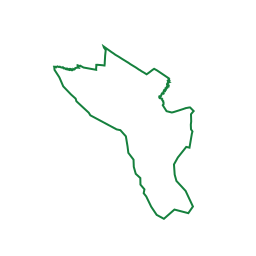 Lodes pag., Rujienas, Latvia (Equal Earth projection), rotated 207°
{"feature_id": "27541924B78787433075156", "entity_name": "Lodes pag.", "entity_type": "district", "adm_level": 2, "iso_a3": "LVA", "parent_name": "Latvia", "parent_adm1": "Rujienas", "projection": "equal_earth", "projection_center": [25.378, 58.024], "detail": "fine", "context": "isolated", "style": "outline", "palette": "green", "viewbox_px": 256, "rotation_deg": 207, "n_neighbors": 0, "source": "geoboundaries", "source_scale": "gbopen_adm2", "svg_char_len": 4655}
<svg xmlns="http://www.w3.org/2000/svg" viewBox="0 0 256 256"><g transform="rotate(207 128 128)"><path d="M82.0,174.5L82.9,174.0L83.0,173.9L85.6,171.9L85.9,171.5L86.0,171.5L87.0,170.4L90.8,166.6L94.8,162.7L96.0,161.7L99.9,160.8L101.3,160.5L105.2,162.8L107.4,164.1L107.4,164.6L107.1,165.1L107.1,165.3L107.5,166.0L107.8,166.4L107.9,166.5L108.0,166.7L107.9,166.8L108.1,167.1L108.3,167.3L108.7,167.4L108.8,167.5L109.0,167.9L109.0,168.0L109.3,168.1L109.7,168.1L110.0,168.3L110.3,168.5L110.6,169.3L110.9,169.4L111.1,169.5L111.3,169.6L111.6,169.5L112.1,169.3L112.6,169.1L113.1,169.0L113.3,169.0L113.9,169.3L114.0,169.4L114.0,169.5L114.1,169.8L114.0,170.0L114.4,170.3L114.5,170.4L114.4,170.6L114.2,170.7L113.4,170.9L113.3,171.1L113.2,171.3L113.1,171.5L113.1,171.9L113.2,172.1L113.3,172.7L113.5,173.1L113.4,173.4L113.3,173.5L113.2,173.7L113.2,173.8L113.4,174.1L113.4,174.3L112.8,174.5L112.1,174.5L111.9,174.7L111.9,175.0L112.1,175.1L112.4,175.3L112.7,175.6L112.8,175.8L112.9,176.0L112.8,176.4L112.6,176.7L112.5,176.8L112.2,177.1L111.8,177.3L111.7,177.4L111.7,177.5L111.8,177.6L112.0,177.6L112.5,177.5L112.7,177.4L112.8,177.4L112.9,177.5L113.0,177.6L112.9,178.1L113.0,178.3L112.9,178.7L112.8,178.8L112.6,178.9L112.4,178.9L112.2,179.0L111.9,179.0L111.7,179.2L111.6,179.3L111.9,179.7L111.9,180.0L112.0,180.3L112.4,180.4L112.5,180.5L112.4,180.6L112.1,180.7L111.8,180.8L111.6,180.9L111.6,181.0L111.9,181.3L112.0,181.4L111.9,181.5L111.6,181.5L111.4,181.7L111.5,181.8L112.0,182.1L112.1,182.3L111.9,182.4L111.6,182.4L111.4,182.5L111.5,182.9L111.6,183.0L111.4,183.1L111.2,183.2L110.9,183.1L110.7,183.3L110.8,183.4L111.3,183.9L111.6,184.0L111.3,184.4L111.2,184.5L111.3,184.6L111.7,184.6L111.8,184.5L112.7,184.5L113.0,184.5L113.2,184.8L113.2,185.0L113.1,185.3L113.0,185.5L113.1,185.8L113.0,186.0L112.7,186.1L112.6,186.3L112.8,186.5L113.1,186.6L113.2,186.8L113.1,187.0L112.9,187.0L112.5,187.1L112.4,187.2L112.2,187.4L112.3,187.4L112.3,187.5L112.5,187.6L113.0,187.6L113.3,187.7L113.5,187.8L113.8,188.1L114.0,188.2L113.9,188.4L113.6,188.5L113.4,188.5L113.2,188.5L112.7,188.7L112.6,188.8L112.5,189.0L112.9,189.3L113.2,189.1L113.3,189.0L113.5,189.0L113.7,189.4L113.7,189.6L113.7,189.9L113.7,190.0L113.7,190.3L113.8,190.3L114.2,190.3L114.4,190.3L114.5,190.4L114.4,190.6L114.4,190.8L128.3,192.5L131.6,192.6L132.5,191.0L133.9,188.0L134.9,186.0L135.8,184.3L136.9,184.4L139.0,184.6L141.6,184.7L143.8,185.0L145.0,185.0L146.2,185.2L148.7,185.5L155.4,186.0L156.3,186.2L162.4,186.7L164.8,186.9L168.8,187.3L172.5,187.5L174.9,187.9L176.8,188.1L186.8,189.6L186.1,188.9L185.9,188.7L185.7,188.6L184.4,188.0L184.1,187.8L183.7,187.5L183.5,187.4L183.2,187.3L181.3,182.3L178.2,175.2L178.0,174.9L177.3,173.0L178.1,172.7L178.3,172.6L179.1,172.4L183.8,170.5L184.9,169.9L184.3,168.6L184.2,168.6L184.0,168.0L183.3,166.2L182.8,165.4L195.1,161.7L198.5,161.8L198.5,161.4L201.4,161.0L201.1,160.3L199.4,159.3L199.7,159.2L199.9,159.4L200.0,159.5L200.1,159.4L200.3,159.3L200.4,159.2L200.6,158.8L200.7,158.6L200.8,158.5L201.1,158.3L201.6,158.0L201.8,157.7L202.1,157.5L202.2,157.4L202.1,156.9L202.2,156.3L202.2,156.1L202.3,155.9L202.5,155.7L203.3,155.7L203.5,155.7L203.4,155.4L203.6,155.2L203.8,155.1L203.7,155.0L203.5,154.9L203.8,154.2L204.1,154.0L204.3,153.9L204.5,153.9L204.7,154.0L204.8,154.1L204.7,154.5L204.8,154.7L205.3,154.7L206.2,154.5L206.5,154.4L206.8,154.2L206.7,154.0L206.2,153.8L206.1,153.7L205.9,153.6L206.1,153.2L206.3,153.1L207.4,153.0L207.8,152.8L208.1,153.0L208.3,153.3L208.7,153.4L208.9,153.4L209.0,153.4L209.3,153.3L209.5,153.2L208.9,152.6L209.3,152.4L209.9,152.3L210.2,152.2L210.5,152.2L210.8,152.3L211.6,152.5L211.8,152.5L212.2,152.0L212.3,151.9L212.5,151.9L213.2,152.5L213.3,152.5L213.5,152.6L213.8,152.5L213.9,152.4L214.0,152.1L214.1,151.9L214.3,151.8L214.5,151.8L215.2,151.7L215.6,151.6L215.8,151.5L216.2,151.6L216.4,151.7L216.6,151.7L217.1,151.1L217.3,151.0L217.5,150.9L218.2,150.9L218.7,150.8L218.9,150.8L219.0,150.6L219.2,150.2L219.4,149.9L220.1,149.7L220.1,149.4L220.3,149.3L220.4,149.2L220.5,149.2L220.9,149.4L221.0,149.4L221.3,149.2L221.1,149.1L221.5,149.0L221.3,148.7L219.8,146.4L212.2,142.0L204.6,135.7L194.0,132.0L188.0,130.4L186.1,128.4L169.9,123.8L167.3,122.2L137.5,121.6L133.8,122.6L126.1,119.6L120.0,111.3L116.4,106.0L108.7,102.3L105.2,96.0L100.3,90.7L94.3,89.0L91.2,83.2L85.5,80.8L84.4,77.0L80.7,75.3L71.6,68.4L63.0,63.6L54.8,63.4L49.6,76.4L35.6,79.5L34.5,87.5L48.1,98.1L60.8,102.8L65.2,107.6L70.5,116.4L70.2,124.4L67.5,137.6L64.3,138.4L68.5,151.9L69.0,154.2L71.2,155.4L71.3,155.5L73.0,158.5L73.6,159.6L74.6,162.4L76.5,165.9L78.1,168.8L78.1,169.1L77.9,170.0L77.6,171.2L77.5,171.7L77.2,172.9L77.5,173.0L82.0,174.5Z" fill="none" stroke="#15803d" stroke-width="2"/></g></svg>